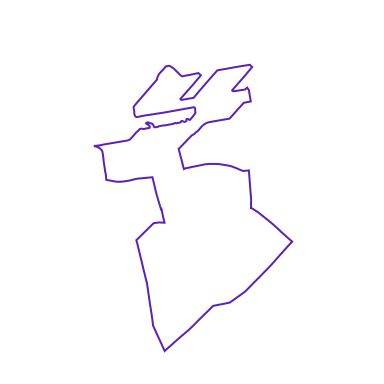 Comuna 2, Ciudad de Buenos Aires, Argentina, rotated 316°
{"feature_id": "61730980B26508052382857", "entity_name": "Comuna 2", "entity_type": "district", "adm_level": 2, "iso_a3": "ARG", "parent_name": "Argentina", "parent_adm1": "Ciudad de Buenos Aires", "projection": "robinson", "projection_center": [-58.391, -34.584], "detail": "fine", "context": "isolated", "style": "outline", "palette": "violet", "viewbox_px": 384, "rotation_deg": 316, "n_neighbors": 0, "source": "geoboundaries", "source_scale": "gbopen_adm2", "svg_char_len": 5323}
<svg xmlns="http://www.w3.org/2000/svg" viewBox="0 0 384 384"><g transform="rotate(316 192 192)"><path d="M304.2,155.2L303.2,155.2L301.5,155.2L292.9,149.2L291.6,148.1L291.4,146.9L291.6,146.7L310.9,145.1L312.4,144.9L322.1,143.9L322.0,140.7L312.3,133.9L294.7,122.1L282.2,123.1L273.1,123.9L270.8,124.1L259.3,125.3L258.6,125.4L248.3,118.4L248.3,117.0L256.5,116.3L267.1,115.5L279.5,114.2L279.4,113.2L279.3,112.6L279.2,110.9L276.1,108.9L273.8,107.5L271.5,106.1L268.5,104.0L265.8,102.4L265.1,101.6L264.9,100.4L264.9,99.3L264.8,98.5L264.8,97.6L264.8,96.7L264.8,96.4L264.7,94.1L264.7,92.8L264.7,91.8L264.7,90.9L264.5,90.0L264.5,89.4L264.2,88.6L264.0,87.5L263.8,86.5L263.4,85.8L263.1,85.4L262.9,85.1L262.5,84.8L262.4,84.7L261.3,84.2L260.8,83.6L259.8,83.5L258.6,83.7L255.7,83.9L253.6,84.0L251.9,84.1L249.8,84.3L247.9,85.1L246.5,85.7L245.9,86.1L245.5,86.3L244.8,86.8L212.7,89.7L212.1,89.8L211.0,89.9L209.9,90.0L209.3,90.2L208.8,90.5L208.4,91.0L207.6,92.4L207.4,92.7L206.8,93.5L206.4,94.0L205.2,95.2L204.5,96.2L203.9,97.6L203.8,98.7L204.1,99.6L205.4,100.4L206.7,101.3L211.4,104.3L214.0,106.2L227.3,115.6L238.9,123.4L245.4,127.7L246.1,128.2L251.3,131.7L252.2,132.3L252.5,133.1L252.5,133.8L249.2,137.6L246.2,138.1L244.2,138.4L240.7,138.7L240.3,138.3L240.0,137.3L239.8,136.8L239.3,136.2L239.0,135.8L238.9,135.8L238.5,135.8L238.3,136.1L237.9,136.7L237.1,137.0L236.1,136.8L235.4,136.5L234.9,135.7L234.6,135.0L234.5,134.8L234.3,134.1L233.7,133.6L233.2,133.8L232.0,133.9L231.1,133.4L230.3,132.9L229.8,132.5L228.6,131.8L228.4,131.5L228.0,131.1L227.7,130.5L226.9,130.2L226.6,130.2L226.0,130.1L225.1,129.4L224.0,128.8L223.0,128.1L222.1,127.4L220.9,126.7L218.7,125.2L217.7,124.2L216.7,123.6L216.1,123.2L215.0,122.4L214.2,122.0L213.4,121.5L212.4,121.3L211.2,120.4L210.5,120.0L210.1,119.5L209.9,118.7L210.2,118.2L210.3,118.0L210.6,117.3L210.7,116.4L210.8,116.2L210.8,115.7L210.6,114.8L210.5,114.5L210.1,114.2L209.8,113.8L209.3,112.7L209.0,111.7L208.7,111.2L208.2,111.0L207.7,110.9L207.1,110.5L206.7,110.7L206.6,111.3L206.8,112.0L207.2,112.7L207.2,113.6L207.2,114.4L207.2,115.3L206.9,115.7L206.8,116.0L206.2,116.3L205.6,116.2L204.8,115.7L204.1,115.2L203.4,114.4L202.4,114.1L201.7,113.6L200.8,112.9L200.4,112.3L199.9,111.7L199.5,111.1L199.0,110.9L198.3,110.5L198.2,110.4L195.4,110.6L193.1,110.4L192.5,110.5L186.7,111.0L183.8,111.1L181.6,110.3L163.4,97.8L161.5,96.5L160.9,96.1L159.8,95.5L158.2,94.5L157.8,94.2L153.3,90.7L153.4,90.8L155.1,93.8L155.7,95.3L156.0,96.5L156.1,97.9L156.1,99.0L155.6,100.7L154.6,102.1L154.5,102.4L152.2,105.5L151.4,106.5L150.9,107.2L150.2,108.0L143.9,116.8L142.3,119.4L140.1,122.1L139.6,122.8L138.8,123.7L140.1,125.6L141.7,127.8L144.5,131.8L146.9,134.2L147.4,134.7L150.2,137.0L151.1,137.6L154.3,139.9L154.7,140.2L159.5,142.9L162.0,144.5L166.1,147.8L166.5,148.1L172.3,152.7L173.3,153.5L173.8,153.9L172.7,155.8L171.7,157.5L165.7,167.6L164.9,169.0L157.7,182.9L158.2,183.0L154.3,189.3L150.9,195.0L147.5,191.4L147.0,190.9L146.2,190.3L142.8,187.8L142.2,187.8L130.8,187.9L123.1,188.0L118.5,188.0L117.2,190.4L113.2,197.3L110.1,202.5L107.7,206.6L107.2,207.6L106.1,209.3L102.0,216.3L101.1,217.9L99.7,220.3L99.3,220.9L97.3,224.4L96.0,226.7L89.6,235.6L83.0,244.7L82.7,245.2L82.3,245.8L79.9,249.2L76.2,254.4L71.2,261.1L69.8,264.9L67.4,271.8L64.7,279.5L61.9,287.4L63.7,287.4L63.9,287.4L69.8,287.7L77.7,288.0L79.3,288.1L84.4,288.3L84.7,288.3L85.0,288.4L85.4,288.4L94.7,289.0L99.7,289.0L103.8,288.9L104.6,288.9L107.1,288.8L107.6,288.8L115.9,288.7L120.1,288.7L121.8,288.7L126.0,288.6L126.8,288.6L128.1,288.6L132.6,291.5L133.1,291.8L134.2,292.5L136.2,293.9L139.4,295.9L139.8,296.1L142.4,297.8L145.6,298.3L147.0,298.5L147.8,298.6L151.2,299.1L154.4,299.6L161.0,300.5L161.3,300.5L161.7,300.5L170.2,300.3L173.3,300.2L178.1,300.1L184.4,300.0L184.6,300.0L186.2,299.9L193.8,299.7L194.7,299.7L202.6,299.2L203.0,299.1L203.6,299.1L210.7,298.5L213.5,298.3L213.8,298.3L214.5,298.2L215.0,298.2L222.2,297.7L222.4,297.7L223.2,297.6L223.3,297.6L229.6,297.3L229.1,291.1L229.0,290.3L229.0,289.6L228.4,282.6L228.4,281.8L228.4,281.0L228.0,274.1L227.9,272.7L227.8,271.5L227.2,265.9L227.1,265.2L227.0,264.5L225.5,252.7L223.6,244.8L223.3,244.5L223.7,244.1L229.3,238.5L234.9,231.7L240.6,224.8L247.0,217.1L247.9,215.9L247.3,215.6L245.5,214.1L243.2,212.2L241.5,208.2L241.0,207.0L240.4,205.6L240.0,204.7L238.4,201.3L236.9,198.8L235.4,196.8L234.7,195.8L233.6,194.4L232.1,192.4L230.9,190.8L229.0,188.7L226.4,186.2L224.0,183.9L222.5,182.7L221.1,181.5L220.8,181.3L220.5,181.1L219.4,180.4L218.5,179.8L217.7,179.3L217.0,178.8L216.3,178.4L215.2,177.7L214.4,177.2L213.8,176.8L212.9,176.2L211.9,175.6L211.4,175.3L210.5,174.7L209.1,173.8L208.4,173.4L208.0,173.2L207.7,173.0L207.4,172.8L206.9,172.5L206.2,172.0L205.8,171.7L205.5,171.6L205.2,171.4L204.9,171.1L204.1,170.7L203.8,170.5L203.5,170.4L203.1,170.2L202.7,170.1L202.1,169.9L204.5,165.5L204.7,165.3L209.3,157.1L212.2,152.0L212.3,151.7L213.5,151.7L214.5,151.7L220.8,151.5L221.6,151.5L225.5,151.3L229.4,151.2L231.2,151.1L231.4,151.2L231.6,151.3L232.2,151.5L232.9,151.6L233.8,151.8L234.8,151.9L236.1,151.8L236.8,151.9L237.4,152.0L238.7,152.1L239.9,152.1L242.5,151.8L243.5,151.7L244.5,151.6L245.5,151.6L246.5,151.7L247.5,151.8L248.5,152.0L249.5,152.2L250.5,152.5L251.4,152.9L252.6,153.5L270.0,165.3L286.7,164.1L291.2,163.8L297.2,167.7L303.8,158.0L304.1,155.7L304.2,155.2Z" fill="none" stroke="#5b21b6" stroke-width="2"/></g></svg>